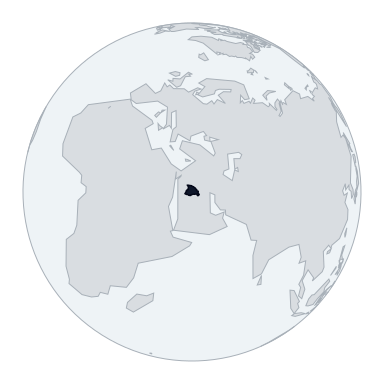 Ha'il highlighted on a globe, orthographic projection, rotated 32°
{"feature_id": "SAU-847", "entity_name": "Ha'il", "entity_type": "Region", "adm_level": 1, "iso_a3": "SAU", "parent_name": "Saudi Arabia", "parent_adm1": "", "projection": "orthographic", "projection_center": [41.874, 27.094], "detail": "fine", "context": "on_globe", "style": "filled", "palette": "ink", "viewbox_px": 384, "rotation_deg": 32, "n_neighbors": 0, "source": "natural_earth", "source_scale": "10m", "svg_char_len": 11627}
<svg xmlns="http://www.w3.org/2000/svg" viewBox="0 0 384 384"><g transform="rotate(32 192 192)"><circle cx="192" cy="192" r="169" fill="#eef3f6" stroke="#a8b0b8"/><path d="M228.9,27.1L230.0,27.4L228.7,27.2L220.8,25.7L219.7,25.7L224.9,26.7L226.8,27.5L219.3,25.9L221.9,27.3L209.1,26.1L190.3,24.0L182.2,24.9L160.3,27.3L161.3,27.6L153.6,29.4L152.0,30.6L148.4,31.2L150.2,31.7L153.8,31.0L155.7,31.1L155.1,31.9L150.4,32.6L150.0,32.3L148.3,32.9L146.2,33.0L146.9,33.4L141.3,34.5L145.8,34.7L140.5,36.6L137.0,37.0L138.8,35.3L135.0,33.6L132.1,34.3L126.2,36.6L112.1,43.9L108.2,45.7L102.0,49.4L103.5,48.8L108.9,45.9L110.1,46.3L116.5,43.2L117.9,43.1L124.0,40.9L121.6,43.2L115.9,46.7L110.7,48.8L108.1,50.6L111.8,50.5L101.0,56.7L91.8,65.3L89.2,67.0L86.3,66.2L89.4,61.0L85.6,61.8L86.5,63.4L79.9,68.4L78.1,70.3L77.6,71.6L79.5,70.7L76.9,73.1L75.0,71.8L77.3,69.6L77.9,69.9L79.3,67.7L78.0,67.7L74.8,70.7L75.7,69.4L84.5,61.6L93.9,54.4L103.8,47.9L114.1,42.1L124.7,37.0L135.7,32.7L147.0,29.1L158.5,26.4L170.1,24.5L181.9,23.3L193.7,23.0L205.5,23.6L217.3,24.9L228.9,27.1ZM23.1,196.9L25.0,210.4L28.0,223.4L29.4,232.6L29.6,238.3L31.7,245.4L28.2,233.6L25.6,221.5L23.9,209.2L23.1,196.9ZM232.2,27.9L233.1,28.1L230.7,27.5L231.6,27.7L232.2,27.9ZM124.9,39.9L124.5,40.4L123.6,40.5L124.9,39.9ZM128.0,38.6L127.3,38.4L128.7,37.8L129.1,37.9L128.0,38.6ZM232.0,28.2L233.3,28.7L230.6,27.8L232.0,28.2ZM128.6,39.1L131.2,36.7L133.6,35.7L137.1,35.5L128.6,39.1ZM233.2,28.9L236.5,30.8L239.7,31.5L232.5,31.0L232.1,29.3L228.2,28.0L231.7,28.8L233.2,28.9ZM155.2,30.5L151.3,31.2L155.1,30.0L155.2,30.5ZM157.1,29.7L166.1,26.5L171.5,26.0L167.4,27.0L174.8,26.3L173.1,27.6L168.6,28.3L165.5,28.2L167.2,28.9L157.1,29.7ZM228.0,30.7L227.6,31.1L226.5,30.5L228.0,30.7ZM156.8,31.1L158.2,30.3L162.9,29.8L161.2,31.3L160.2,30.9L156.8,31.1ZM177.7,25.5L180.9,25.6L180.4,26.7L181.5,26.9L173.5,27.6L177.7,25.5ZM158.8,31.4L160.1,32.1L157.3,33.1L155.9,31.8L158.8,31.4ZM164.9,29.2L167.1,29.1L165.3,29.6L164.9,29.2ZM148.0,37.6L149.5,36.4L152.1,36.0L148.0,37.6ZM160.8,32.3L161.8,31.9L163.0,31.7L163.3,32.4L160.8,32.3ZM173.7,28.4L172.8,28.9L177.0,28.2L176.7,29.2L171.4,29.5L173.6,29.8L173.6,30.1L169.3,30.1L173.7,28.4ZM167.2,32.5L160.3,33.7L157.0,35.9L154.6,36.2L160.4,32.8L167.2,32.5ZM168.8,31.1L167.2,32.0L165.0,31.8L164.7,31.0L168.8,31.1ZM178.5,29.8L180.2,28.2L181.3,28.2L178.5,29.8ZM166.7,33.1L168.3,32.8L166.7,33.3L166.7,33.1ZM175.4,30.8L175.8,30.1L177.1,30.1L175.4,30.8ZM171.3,32.9L169.1,33.3L168.8,32.7L171.3,32.9ZM173.5,32.0L175.1,32.2L170.0,32.3L173.5,31.7L173.5,32.0ZM176.5,30.9L177.3,30.7L176.1,31.2L176.5,30.9ZM173.6,35.2L167.3,35.5L166.6,34.1L172.9,33.9L173.6,35.2ZM57.0,219.4L51.2,191.5L55.8,184.0L57.8,172.9L90.4,146.0L96.0,150.6L120.1,152.4L122.9,154.6L118.6,162.9L135.5,177.5L142.7,171.0L159.5,179.2L171.6,179.9L178.5,163.6L158.7,162.0L156.7,153.6L173.7,147.9L191.3,149.9L191.1,146.7L181.2,139.1L186.5,133.7L177.9,136.1L180.5,139.5L175.2,141.3L172.6,138.4L174.5,136.4L169.6,134.6L161.5,145.2L163.2,149.7L149.5,150.2L151.0,158.1L146.9,161.1L142.7,149.1L144.1,145.0L135.3,131.4L132.6,135.5L140.7,148.9L137.6,147.5L134.1,154.0L134.4,148.0L126.2,133.0L114.7,133.1L97.8,146.5L91.6,146.0L87.3,140.7L95.6,124.6L108.7,127.8L111.9,122.8L111.1,114.0L115.2,116.0L116.5,113.0L121.6,114.1L130.7,108.6L136.2,109.1L141.6,100.6L145.1,99.9L140.9,105.0L141.0,109.1L154.8,111.1L158.1,109.6L160.4,104.1L164.0,105.7L164.5,100.2L173.4,99.2L163.0,96.0L165.5,90.3L171.8,86.6L170.8,84.3L160.5,90.5L158.1,93.5L159.0,96.9L150.7,105.7L145.5,106.5L147.1,95.8L140.0,96.0L144.3,88.1L169.5,75.3L179.1,73.7L191.1,82.6L187.8,85.8L181.9,84.1L185.7,90.8L186.2,87.8L189.1,89.3L192.3,84.8L194.5,85.7L193.7,80.1L196.8,80.7L197.2,84.3L204.5,78.9L211.4,79.3L212.0,77.7L210.6,75.9L220.3,78.1L220.3,76.9L217.1,75.6L215.1,72.5L215.2,67.9L218.5,68.9L218.9,70.7L224.8,76.2L225.3,81.2L226.7,81.2L227.0,77.1L219.9,70.3L219.0,67.4L222.9,70.1L221.4,68.9L222.0,67.8L225.7,67.7L221.7,64.6L223.9,52.6L231.3,51.9L234.6,55.3L239.6,49.6L247.6,50.2L244.7,48.9L245.1,46.0L242.6,45.7L241.3,44.9L241.3,38.4L243.9,38.0L240.6,34.8L239.1,34.2L237.0,34.2L232.5,31.0L239.7,31.5L242.7,32.6L245.2,32.5L251.8,35.3L258.4,37.9L264.2,41.6L268.9,43.8L269.3,43.6L276.0,46.7L288.4,54.7L276.6,49.0L257.6,39.4L265.2,43.1L262.9,42.7L265.3,44.4L270.7,47.3L271.7,47.3L277.5,55.9L289.4,66.7L289.9,63.7L294.0,65.3L308.0,77.4L321.5,100.3L327.2,104.5L330.1,108.6L330.8,113.0L326.6,107.1L323.9,106.7L321.4,103.0L321.2,108.8L317.6,103.7L319.1,111.2L322.7,114.2L324.3,110.6L327.2,119.8L333.6,124.3L338.5,132.9L341.8,153.3L338.8,162.9L339.5,166.1L336.1,164.7L334.9,172.9L343.8,185.8L344.7,190.6L341.2,203.7L340.6,200.3L331.7,196.5L332.4,208.8L339.2,214.6L341.6,224.3L337.4,223.7L334.7,215.3L331.5,213.7L330.7,203.4L324.9,190.1L320.5,195.7L319.2,189.5L310.5,179.8L303.4,187.4L293.0,208.8L294.3,224.6L289.6,233.1L277.3,213.5L272.5,198.8L267.6,201.5L255.3,190.7L232.7,193.5L229.9,189.6L225.6,192.1L217.0,188.8L212.9,182.3L207.6,183.1L218.6,200.0L224.4,199.2L229.9,191.9L231.8,198.0L240.1,202.6L229.4,218.9L196.6,234.2L194.2,222.3L173.2,188.6L174.3,184.8L174.2,184.4L174.0,183.6L171.3,189.7L167.9,183.0L178.3,206.7L179.7,216.7L196.2,234.9L194.4,236.7L199.9,240.3L218.5,235.0L218.5,238.9L209.2,257.3L184.1,280.9L188.0,295.7L186.9,307.6L172.4,314.8L174.8,323.3L167.4,325.7L167.7,330.2L162.4,334.3L153.1,337.3L136.2,334.8L134.3,331.0L124.5,321.7L110.5,298.8L113.8,289.7L111.9,281.2L99.8,259.4L102.4,249.0L99.4,243.5L93.0,242.9L89.6,236.2L85.9,234.9L63.2,230.1L57.0,219.4ZM77.7,162.3L76.5,165.5L77.7,162.3ZM209.1,160.7L220.1,161.0L216.5,150.7L220.4,150.1L217.7,147.0L216.2,150.0L209.8,141.5L215.0,138.3L214.4,133.9L210.6,133.6L202.1,141.0L211.1,152.9L208.0,157.2L209.1,160.7ZM80.0,68.4L80.0,68.6L79.0,70.3L78.4,70.2L80.0,68.4ZM80.6,74.3L76.5,78.1L79.0,75.1L77.5,75.5L80.9,70.3L88.1,67.6L84.2,69.6L80.6,74.3ZM87.5,63.2L84.5,66.4L87.5,63.0L87.5,63.2ZM118.6,97.2L119.7,99.6L116.8,102.6L109.9,103.1L114.0,98.7L118.6,97.2ZM122.0,102.4L125.5,92.3L129.9,91.9L126.8,93.8L129.4,94.6L125.2,97.8L126.0,107.9L123.5,111.3L112.0,109.7L117.1,108.2L115.7,105.7L122.0,102.4ZM126.6,71.1L128.2,67.8L135.8,71.1L133.4,73.9L126.4,74.3L125.0,71.3L126.6,71.1ZM134.3,39.6L134.4,39.0L135.7,38.7L136.7,39.0L134.3,39.6ZM148.5,37.0L135.2,42.6L134.6,42.0L127.5,46.5L123.3,46.8L128.0,43.8L119.5,47.7L122.1,45.1L116.4,48.1L127.4,41.2L129.4,39.4L128.8,41.2L132.6,40.9L134.9,40.2L142.8,37.1L149.0,33.5L153.7,33.0L155.5,33.6L154.7,34.4L151.8,34.4L152.9,35.5L148.2,36.1L148.5,37.0ZM173.0,47.3L170.0,45.9L171.3,50.2L166.6,50.0L167.0,50.5L163.0,51.6L158.9,54.0L157.0,53.6L156.3,54.8L153.6,55.7L151.9,57.2L147.9,57.1L145.5,59.1L144.9,57.9L141.9,61.4L142.3,58.8L138.9,60.1L140.3,61.9L122.6,59.8L114.8,61.6L108.1,64.8L109.7,60.5L117.1,55.1L126.8,50.3L134.1,49.5L133.5,47.9L136.8,47.2L135.9,48.7L139.3,46.0L141.8,45.8L150.4,42.9L153.8,39.6L157.1,38.6L157.0,39.8L160.3,38.1L162.4,39.9L164.7,39.3L169.1,40.8L167.5,43.9L170.3,43.1L173.8,44.4L173.0,47.3ZM174.7,35.6L173.9,38.8L170.9,40.5L164.6,37.3L162.1,37.6L157.9,36.1L162.3,33.9L163.1,34.4L164.9,34.5L162.8,35.2L165.8,34.7L167.0,35.6L169.7,35.6L168.7,36.6L174.7,35.6ZM126.9,151.9L129.3,152.8L133.1,153.1L130.9,157.4L126.9,151.9ZM121.2,141.8L123.4,141.6L122.2,147.5L119.8,146.8L121.2,141.8ZM125.6,136.9L123.6,141.2L123.3,138.4L125.6,136.9ZM143.1,104.7L145.6,104.5L145.5,105.8L143.6,107.6L143.1,104.7ZM175.9,61.5L174.6,60.0L175.6,59.6L176.2,55.8L179.7,55.9L180.8,58.2L175.9,61.5ZM174.6,166.3L170.5,169.2L168.9,167.6L170.6,166.9L174.6,166.3ZM149.2,163.6L154.5,166.4L148.6,164.7L149.2,163.6ZM179.8,61.0L179.6,59.3L181.5,60.4L179.8,61.0ZM182.3,55.8L184.7,56.7L180.2,55.5L182.3,55.8ZM242.8,350.2L244.0,350.5L241.3,351.2L242.8,350.2ZM216.4,304.9L205.9,324.9L197.8,325.2L195.8,319.8L199.3,307.8L208.6,304.0L213.1,298.0L216.4,304.9ZM354.4,233.9L355.3,232.6L355.1,233.4L354.4,233.9ZM353.6,233.6L354.9,231.6L353.1,235.5L353.6,233.6ZM355.3,230.8L356.6,227.2L357.2,225.1L356.9,226.7L355.3,230.8ZM352.5,235.1L345.4,242.8L342.1,244.0L343.3,240.8L348.6,236.5L352.5,235.1ZM343.0,241.0L337.4,238.3L327.1,223.3L330.8,221.5L341.1,227.9L340.6,230.5L343.9,233.4L343.0,241.0ZM354.9,216.2L354.2,223.3L350.7,227.2L348.8,228.1L347.6,220.9L348.3,215.8L350.0,214.3L354.2,193.3L356.1,194.7L355.3,202.8L356.7,206.8L354.9,216.2ZM295.1,225.9L299.4,233.8L296.6,236.3L295.1,225.9ZM354.4,180.4L353.7,189.4L353.8,178.5L354.4,180.4ZM353.5,171.0L354.3,174.0L353.0,172.0L353.5,171.0ZM340.9,170.6L339.2,173.0L338.5,170.8L340.1,166.4L340.9,170.6ZM342.3,140.3L345.1,146.9L345.7,149.5L343.6,146.3L342.3,140.3ZM209.8,62.3L205.1,67.1L204.0,71.3L207.1,74.5L200.7,72.4L202.3,65.9L209.8,62.3ZM221.8,53.5L219.1,51.2L221.6,51.2L222.6,51.7L221.8,53.5ZM219.3,52.9L213.5,52.1L212.8,50.2L217.5,51.1L219.3,52.9ZM196.6,55.8L194.9,57.1L193.4,56.2L196.6,55.8ZM332.1,286.4L335.8,280.2L336.3,279.5L340.4,271.6L348.2,256.5L350.2,251.5L345.1,263.6L339.0,275.3L332.1,286.4ZM356.5,229.8L358.2,221.9L358.6,220.0L356.5,229.8ZM360.9,196.1L360.9,196.3L360.9,195.0L360.9,196.1ZM360.1,206.7L359.9,208.6L359.8,208.2L360.1,206.7ZM360.5,204.3L360.3,206.2L360.4,204.5L360.5,203.8L360.5,204.3ZM357.5,207.0L357.8,210.3L359.1,205.0L358.1,210.8L358.5,215.9L358.0,219.1L357.7,213.4L356.8,221.7L356.2,222.7L356.4,216.8L357.2,207.7L357.8,203.2L359.8,197.2L357.5,207.0ZM360.6,199.4L360.4,195.3L360.4,191.6L360.7,193.3L360.6,199.4ZM359.1,186.0L357.6,182.5L357.1,186.4L357.5,175.0L358.9,180.3L359.1,186.0ZM356.7,175.6L356.3,179.1L356.2,172.9L356.7,175.6ZM355.7,177.7L354.8,174.1L355.6,173.3L355.7,177.7ZM357.1,174.9L355.8,168.0L356.9,171.2L357.1,174.9ZM352.4,166.1L355.4,169.5L352.9,170.5L349.2,158.4L350.0,156.5L352.4,166.1ZM334.1,109.4L332.0,106.6L331.7,104.5L333.3,107.0L334.1,109.4ZM328.7,96.3L330.9,103.1L332.2,109.1L333.5,109.6L336.8,115.8L333.1,112.2L329.7,104.0L329.2,100.4L325.9,95.7L323.6,91.0L319.1,86.0L317.0,83.0L321.0,86.6L328.7,96.3ZM317.2,84.1L308.5,75.2L309.4,74.0L311.6,75.7L315.1,80.1L314.4,80.5L317.2,84.1ZM306.7,72.8L305.9,73.2L291.5,63.6L288.7,61.4L300.2,67.3L300.0,68.1L303.4,70.9L306.7,72.8ZM229.4,31.5L227.8,31.2L229.0,31.1L229.4,31.5ZM239.9,44.8L238.2,43.7L239.8,43.5L239.9,44.8ZM234.5,40.7L233.9,41.7L233.2,40.2L234.5,40.7ZM232.8,44.2L233.0,41.9L234.8,44.8L232.8,44.2Z" fill="#d9dde1" stroke="#a8b0b8" stroke-width="1"/><path d="M198.8,192.0L198.7,192.0L198.3,192.0L198.2,191.9L197.8,191.6L197.6,191.4L197.4,191.3L197.2,191.3L196.1,191.9L195.9,192.0L195.7,192.1L195.5,192.5L195.4,192.6L194.7,192.9L194.4,193.1L193.7,193.7L193.4,194.1L193.3,194.3L193.2,194.5L192.9,194.5L192.7,194.8L192.7,195.0L192.7,195.3L192.3,195.3L192.2,195.3L192.1,195.5L192.2,195.9L192.2,196.0L191.8,196.1L191.7,196.2L191.2,196.4L191.0,196.5L190.9,196.5L190.5,196.5L189.8,196.4L189.3,196.4L189.2,196.5L188.8,196.8L188.7,196.9L188.6,197.0L188.4,197.0L188.1,197.0L187.3,197.2L187.2,197.2L186.9,197.1L186.9,196.9L186.9,196.1L186.9,195.8L186.8,195.5L186.8,195.4L186.9,194.3L186.9,194.2L186.7,194.2L186.5,193.9L186.6,193.7L186.6,193.4L186.6,193.2L186.9,192.6L187.0,192.4L187.4,192.0L187.5,191.9L187.5,191.7L187.4,191.6L187.1,191.4L186.9,191.2L186.6,190.0L186.6,189.9L186.4,189.7L186.1,189.5L186.0,189.4L185.9,189.3L185.7,189.2L184.7,188.9L184.5,188.7L184.8,188.4L185.9,187.9L186.4,187.8L187.4,187.3L188.3,186.9L188.6,186.9L188.9,187.0L189.0,187.1L190.4,186.8L190.6,186.7L190.8,186.8L191.4,187.0L191.5,187.0L192.0,186.9L192.3,186.9L193.2,187.1L193.3,187.1L193.8,187.6L194.1,187.8L194.3,187.7L194.6,187.6L194.8,187.6L194.9,187.8L195.0,188.0L195.3,188.2L195.5,188.2L196.0,188.3L196.3,188.3L196.6,188.1L196.8,188.1L197.0,188.2L197.4,189.0L197.6,189.6L197.8,189.7L197.9,189.8L198.0,189.9L198.8,190.0L199.0,190.1L199.5,190.5L199.4,190.8L199.2,191.0L199.2,191.3L199.2,191.5L198.9,191.9L198.9,192.0L198.8,192.0Z" fill="#0f172a" stroke="#020617" stroke-width="1.5"/></g></svg>